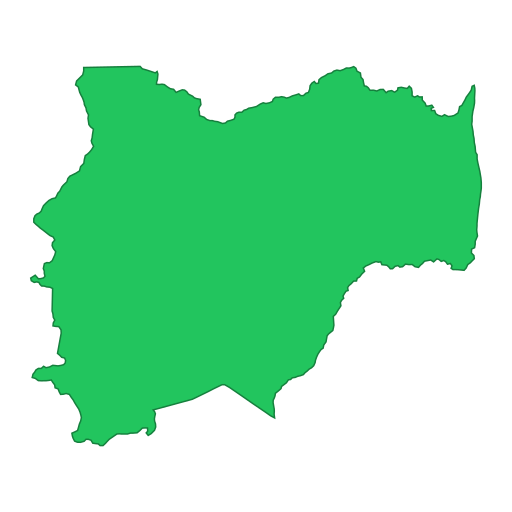 outline of Guaraí, Tocantins, Brazil
{"feature_id": "56859067B33114689351252", "entity_name": "Guaraí", "entity_type": "district", "adm_level": 2, "iso_a3": "BRA", "parent_name": "Brazil", "parent_adm1": "Tocantins", "projection": "orthographic", "projection_center": [-48.435, -8.766], "detail": "fine", "context": "isolated", "style": "filled", "palette": "green", "viewbox_px": 512, "rotation_deg": 0, "n_neighbors": 0, "source": "geoboundaries", "source_scale": "gbopen_adm2", "svg_char_len": 5859}
<svg xmlns="http://www.w3.org/2000/svg" viewBox="0 0 512 512"><path d="M274.6,417.9L274.1,414.1L274.3,411.3L274.2,409.0L273.1,402.6L273.2,400.2L274.3,397.9L275.0,395.9L275.4,393.3L278.4,390.9L281.0,388.6L281.6,386.4L286.4,382.8L288.4,379.8L290.6,379.5L292.3,377.8L295.2,377.4L297.7,376.3L300.4,375.7L303.4,374.6L305.1,372.6L307.0,371.2L309.2,369.1L311.5,367.8L313.7,365.7L315.1,362.6L315.5,360.2L316.5,357.3L317.9,354.2L319.6,351.5L321.1,349.5L323.1,348.2L323.8,344.9L326.0,341.9L327.1,335.8L328.5,334.0L330.7,332.2L332.8,330.5L333.4,327.9L333.9,325.2L333.7,322.5L333.3,316.4L335.6,314.3L337.5,311.0L340.9,305.8L340.4,302.5L341.6,300.3L343.7,298.3L343.0,296.1L344.4,293.6L346.0,291.2L348.1,290.5L347.6,287.6L348.9,285.6L351.1,283.8L353.6,281.1L356.5,281.0L357.2,278.3L359.5,277.0L361.9,273.9L364.6,271.3L363.3,268.0L365.8,266.0L368.8,264.7L372.2,263.0L375.9,261.6L378.5,262.2L380.7,261.8L381.9,264.7L386.8,265.2L388.7,266.8L390.3,268.8L392.6,268.7L395.1,266.3L398.1,265.6L399.8,267.1L402.6,266.7L405.5,264.1L408.9,264.6L412.2,264.5L415.0,266.7L418.5,267.4L420.5,265.1L422.5,263.5L424.5,261.2L430.7,260.0L433.6,261.9L436.9,258.9L439.0,259.5L441.2,261.4L443.8,260.5L445.7,261.7L447.5,264.2L450.4,263.5L452.0,265.9L451.1,268.3L453.0,269.6L455.7,269.6L458.2,269.7L464.1,270.3L466.1,268.1L467.8,264.5L470.3,262.8L471.9,261.1L474.3,258.7L473.9,255.5L471.4,253.0L471.6,249.1L474.6,247.7L475.2,244.1L475.2,241.3L477.5,236.0L476.9,232.2L476.7,229.8L477.0,225.9L477.0,223.2L477.9,214.0L478.6,208.2L479.3,204.1L479.7,199.6L480.3,196.7L480.5,194.0L481.0,190.7L481.3,188.1L481.3,182.6L480.9,178.0L479.8,171.4L477.8,162.7L477.1,158.9L477.1,154.7L475.6,152.3L475.1,146.4L474.3,142.6L474.0,138.4L473.3,135.0L473.0,131.4L471.7,124.2L472.1,121.2L472.1,116.6L472.9,111.1L473.7,107.8L474.5,103.2L474.6,100.5L474.5,98.1L474.9,90.8L474.8,88.2L474.2,85.3L472.1,86.3L471.2,90.2L469.0,93.5L466.3,97.1L465.0,99.9L463.3,102.9L461.8,105.5L459.6,106.6L459.0,109.7L458.0,113.0L454.1,115.5L451.3,116.2L448.2,116.5L444.5,114.7L441.9,116.4L438.2,115.3L435.8,113.7L434.6,110.5L431.4,110.6L431.2,108.3L433.4,107.4L431.8,105.2L428.6,106.0L426.2,106.1L425.1,103.1L422.3,100.1L422.2,96.9L419.4,97.0L417.6,95.8L414.7,97.1L412.1,95.8L412.1,92.0L411.4,88.3L409.2,86.2L407.3,88.4L404.9,88.1L401.3,87.3L398.0,87.8L397.5,90.2L394.6,92.2L391.7,90.6L388.1,91.2L386.1,92.7L383.3,89.4L380.1,89.5L376.8,91.0L373.6,90.2L370.0,90.3L368.3,87.8L366.5,86.3L364.3,85.9L363.6,82.9L363.0,79.5L361.0,77.3L360.4,73.0L357.0,71.2L355.9,68.2L353.7,66.6L351.5,67.5L349.2,68.1L346.3,68.0L343.5,69.5L340.1,70.7L336.9,70.1L333.8,71.1L331.6,73.0L327.9,73.8L325.2,75.7L321.4,77.6L319.0,79.7L318.5,83.2L315.9,83.5L314.3,81.5L311.8,83.2L310.1,85.7L309.7,89.2L308.4,92.5L306.0,93.2L303.4,95.6L300.7,95.6L298.8,93.9L295.8,94.9L292.3,95.9L289.2,97.4L286.5,98.1L284.3,97.2L281.5,96.7L278.9,97.3L275.4,97.3L273.2,99.2L272.4,101.5L269.5,102.8L265.9,103.5L263.2,102.8L260.2,104.1L256.5,106.5L252.2,107.6L248.7,108.2L246.6,109.5L244.1,110.2L241.8,112.3L238.9,112.2L236.6,113.1L235.0,114.9L235.0,117.2L234.0,119.2L230.6,120.4L227.4,121.2L225.5,123.0L222.5,123.5L217.7,121.7L214.6,121.3L212.3,120.6L209.9,120.6L206.7,119.5L204.1,117.2L199.6,115.7L199.3,111.9L198.6,109.7L199.2,107.3L200.9,104.7L200.2,99.3L196.4,98.6L194.3,97.8L192.6,96.2L188.4,94.1L186.8,91.8L184.6,90.1L182.3,89.8L178.5,91.3L176.1,92.4L173.6,89.3L170.3,88.7L167.4,86.9L164.4,84.6L162.0,84.2L159.4,84.5L156.5,84.3L156.6,82.1L157.4,79.6L157.9,74.1L157.1,71.5L155.3,72.9L149.6,71.0L146.5,70.0L142.3,68.8L140.1,66.4L83.7,67.5L83.7,71.0L82.7,74.9L76.6,81.0L75.6,84.9L78.3,87.0L79.7,92.3L81.0,95.1L82.3,97.4L83.3,99.9L84.1,102.3L84.4,104.7L86.0,107.9L86.5,110.9L88.5,114.9L88.0,118.3L88.9,124.6L90.5,126.8L93.4,129.1L92.5,134.5L92.1,138.0L91.3,140.7L91.9,143.1L93.6,146.3L91.5,149.8L89.5,152.2L87.5,154.1L85.3,155.6L84.4,159.2L83.8,163.4L80.6,166.6L79.5,170.9L75.9,173.2L69.8,176.2L67.9,178.5L66.9,181.8L63.4,185.1L61.9,186.9L59.8,191.1L57.9,193.1L56.6,195.9L55.5,197.9L52.1,198.7L49.0,200.4L46.3,202.8L43.5,205.7L42.1,208.8L41.1,211.3L39.3,213.0L36.8,214.1L35.0,215.7L33.8,218.7L33.8,222.2L36.0,224.4L38.3,226.3L40.4,228.2L42.9,230.0L45.7,232.2L48.2,234.2L50.1,235.6L53.2,237.0L54.8,240.0L52.5,242.7L52.1,245.6L53.4,248.6L55.7,251.6L54.8,255.0L52.2,260.7L49.5,262.8L46.8,262.6L44.4,263.6L43.8,266.2L43.3,268.6L44.3,271.0L44.3,273.4L45.0,276.3L43.5,277.9L40.9,278.6L38.4,278.8L35.2,275.2L33.2,276.5L30.7,278.1L31.3,280.7L34.2,282.4L36.7,281.9L38.9,282.4L40.0,284.4L41.6,286.0L44.3,286.1L46.7,286.9L49.9,287.2L52.6,288.5L52.1,311.0L52.9,313.7L53.3,317.4L54.8,320.1L53.3,322.9L53.0,325.9L55.6,326.4L58.8,326.6L61.0,329.8L61.2,333.2L57.5,353.4L59.7,355.2L61.7,357.3L64.6,358.0L65.6,360.4L65.2,363.0L63.6,364.7L61.0,365.4L58.0,365.9L55.5,365.6L52.8,365.3L49.5,367.0L46.0,367.7L43.6,366.3L41.3,368.4L38.4,368.4L35.9,370.0L34.7,372.1L33.0,374.2L32.2,377.5L35.3,378.4L38.3,380.6L41.6,380.8L44.0,380.7L46.2,380.7L48.9,380.4L51.3,380.0L52.8,382.4L54.7,384.9L55.1,387.8L58.1,388.9L59.2,391.8L60.6,394.4L63.4,394.2L66.1,393.5L69.4,394.4L71.3,397.4L73.2,399.9L74.7,402.7L76.5,405.6L78.8,409.1L80.1,412.3L80.9,415.2L81.4,417.6L80.7,420.9L79.4,424.0L78.4,427.7L77.6,430.5L74.8,431.9L71.9,433.2L72.4,436.1L73.2,438.4L74.6,441.1L77.3,442.2L80.5,442.3L84.1,441.3L86.0,439.3L88.3,439.3L91.0,440.2L92.8,443.2L95.6,443.6L98.3,443.9L100.1,445.6L103.0,445.6L105.5,443.3L107.0,441.6L109.2,439.3L116.9,434.0L119.3,433.8L121.6,434.0L127.5,434.0L130.5,433.1L133.1,433.1L137.1,432.8L139.8,430.6L142.3,428.1L145.2,427.9L147.5,428.0L147.7,431.2L146.2,432.9L148.2,435.4L151.2,433.6L154.5,430.3L155.7,427.0L155.5,423.9L154.6,421.2L154.4,418.8L154.8,416.4L155.4,413.8L154.6,411.7L153.2,409.9L192.2,399.3L195.6,397.7L208.3,391.5L213.7,388.7L222.0,384.7L224.7,384.7L229.6,387.5L241.4,395.6L253.3,403.9L265.4,412.1L268.8,414.5L270.8,415.9L274.6,417.9Z" fill="#22c55e" stroke="#15803d" stroke-width="1.5"/></svg>